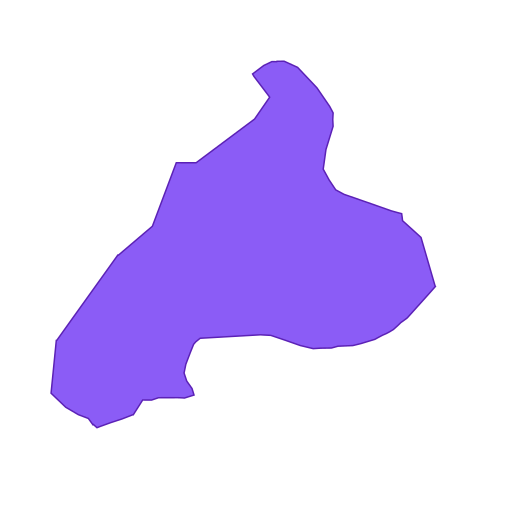 the district of Sunny Acres, Castries, Saint Lucia, rotated 100°
{"feature_id": "8701671B95823931599644", "entity_name": "Sunny Acres", "entity_type": "district", "adm_level": 2, "iso_a3": "LCA", "parent_name": "Saint Lucia", "parent_adm1": "Castries", "projection": "mercator", "projection_center": [-60.973, 14.029], "detail": "fine", "context": "isolated", "style": "filled", "palette": "violet", "viewbox_px": 512, "rotation_deg": 100, "n_neighbors": 0, "source": "geoboundaries", "source_scale": "gbopen_adm2", "svg_char_len": 1563}
<svg xmlns="http://www.w3.org/2000/svg" viewBox="0 0 512 512"><g transform="rotate(100 256 256)"><path d="M254.8,74.0L254.3,74.5L209.1,96.7L205.4,102.5L195.8,117.8L192.4,118.8L189.0,119.9L188.7,123.8L188.0,131.0L185.8,144.1L182.9,161.9L180.0,180.0L178.7,183.9L177.0,189.0L168.3,197.3L164.5,200.3L158.8,204.9L152.8,205.1L139.0,205.6L114.9,202.6L112.2,203.2L108.3,204.1L101.7,204.9L100.0,206.2L95.9,209.4L90.6,214.6L79.8,225.2L63.0,247.8L59.3,262.1L60.6,269.2L61.0,269.3L61.3,271.0L61.8,274.1L67.0,281.4L71.5,285.6L77.3,291.0L79.6,289.1L81.7,286.8L82.1,286.4L88.0,280.0L97.2,270.1L121.4,281.2L174.6,331.2L178.0,350.7L195.7,354.0L244.7,363.2L250.0,367.6L279.0,391.6L279.0,392.2L349.3,425.9L373.6,437.5L373.8,438.0L426.7,434.0L438.0,417.1L443.1,403.4L445.1,392.9L450.5,387.3L450.1,387.0L452.7,382.8L450.7,379.5L445.2,369.9L439.7,359.6L434.0,350.2L433.7,349.7L433.7,349.3L417.5,342.6L416.0,333.8L412.5,327.4L409.1,308.4L408.5,304.0L408.3,301.8L406.9,299.1L403.7,292.9L397.6,296.0L391.2,302.5L383.6,306.6L383.0,306.5L374.8,306.3L369.0,305.2L365.9,304.6L362.3,303.9L353.8,302.1L351.1,300.5L350.5,300.0L346.7,296.7L332.8,237.8L332.5,235.1L331.6,227.8L331.7,226.9L332.5,221.6L333.9,212.5L336.5,196.7L336.6,194.7L337.3,183.6L336.0,178.3L335.6,176.6L335.2,174.6L333.5,165.7L330.6,159.6L327.5,145.6L327.4,145.1L324.0,137.4L317.4,124.4L315.5,122.1L314.1,120.3L312.0,117.6L309.6,114.0L307.4,111.2L306.6,110.3L304.5,107.9L300.0,104.4L297.1,102.3L296.4,101.8L295.3,100.7L294.5,99.9L290.7,96.3L264.4,79.9L254.8,74.0Z" fill="#8b5cf6" stroke="#5b21b6" stroke-width="1.5"/></g></svg>